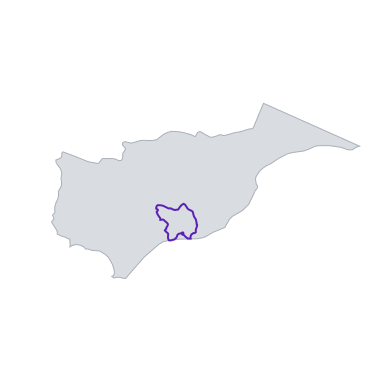 Chaouia - Ouardigha highlighted on a map of Morocco, rotated 202°
{"feature_id": "MAR-1449", "entity_name": "Chaouia - Ouardigha", "entity_type": "Region", "adm_level": 1, "iso_a3": "MAR", "parent_name": "Morocco", "parent_adm1": "", "projection": "albers", "projection_center": [-7.234, 33.091], "detail": "fine", "context": "in_parent", "style": "outline", "palette": "violet", "viewbox_px": 384, "rotation_deg": 202, "n_neighbors": 0, "source": "natural_earth", "source_scale": "10m", "svg_char_len": 4111}
<svg xmlns="http://www.w3.org/2000/svg" viewBox="0 0 384 384"><g transform="rotate(202 192 192)"><path d="M56.8,294.7L59.2,291.1L62.9,289.6L70.5,289.2L81.9,286.5L92.3,282.2L95.2,280.5L98.4,276.8L103.6,272.0L113.3,266.4L117.7,263.3L124.6,255.2L129.1,248.4L132.9,244.1L135.5,240.2L137.3,236.3L138.4,229.9L137.8,227.4L135.2,223.2L133.4,222.1L132.9,220.1L134.0,216.7L134.1,210.9L134.9,201.5L138.1,194.0L145.6,184.3L147.1,180.3L148.0,173.8L148.2,171.5L157.4,162.5L162.8,155.5L164.7,153.8L169.4,150.7L185.7,143.7L194.9,138.7L200.2,135.1L203.4,130.7L212.0,113.7L220.3,89.7L221.0,87.0L224.8,86.1L227.4,85.8L229.6,84.8L232.2,83.0L234.8,83.7L233.5,84.9L233.6,87.9L235.5,91.3L238.7,95.1L244.6,99.9L249.1,101.7L255.6,102.7L263.0,100.4L267.2,100.2L269.2,99.2L271.5,100.5L275.7,100.8L279.8,99.9L282.8,97.7L284.6,95.3L285.0,96.4L285.1,97.7L285.8,98.4L287.1,101.4L287.8,102.5L290.1,102.2L292.2,102.7L296.8,102.2L301.2,102.5L301.9,104.5L303.3,106.0L308.0,109.3L310.8,111.4L311.0,112.1L310.2,114.0L309.9,115.2L310.7,116.5L312.4,118.0L312.6,118.8L312.2,119.7L311.4,121.5L313.6,126.4L314.1,131.3L313.8,134.8L314.0,136.8L314.3,138.5L316.1,142.4L315.4,149.0L316.7,152.5L318.5,155.3L319.7,160.4L321.2,162.8L323.5,164.8L324.8,165.5L327.3,167.1L329.1,168.5L330.2,170.7L328.1,172.6L326.5,174.3L326.1,176.1L327.1,178.9L327.2,180.4L326.1,180.9L321.6,181.0L318.0,181.1L314.0,181.2L308.3,181.2L304.7,181.2L299.8,181.2L298.2,181.4L293.8,182.4L290.6,183.0L290.1,183.2L289.2,184.0L288.6,186.1L288.1,188.4L287.5,189.5L278.1,193.3L274.4,193.9L272.3,193.6L270.8,194.0L269.5,194.7L269.1,195.9L269.0,197.3L269.4,198.7L270.3,200.6L270.6,202.6L270.0,204.0L269.9,205.4L269.7,207.0L270.2,207.8L271.2,207.9L272.1,208.5L273.4,209.1L274.5,210.3L274.6,212.0L273.7,213.0L272.9,213.6L269.3,214.1L266.5,214.6L262.9,217.4L259.0,220.5L254.4,222.5L252.3,223.1L248.8,224.6L244.5,227.0L242.4,230.7L239.8,235.0L237.3,237.8L233.8,240.6L230.5,241.7L226.4,243.0L221.1,244.1L217.4,244.4L216.3,244.7L213.0,244.8L211.4,244.6L210.2,244.5L209.7,244.8L209.6,245.4L209.5,247.0L209.3,248.7L208.3,250.2L207.5,250.9L206.7,251.1L203.9,250.7L201.6,250.3L196.1,249.7L195.0,249.8L194.6,250.0L192.9,251.0L190.2,253.1L188.4,254.9L187.1,255.8L183.9,256.2L182.5,256.9L176.5,261.5L175.2,262.6L169.0,266.5L167.3,267.9L165.9,269.2L162.2,272.1L159.8,273.3L159.4,274.1L159.2,275.9L159.2,279.9L159.1,283.7L159.1,289.3L159.0,294.8L158.9,301.0L53.8,297.3L56.8,294.7Z" fill="#d9dde1" stroke="#a8b0b8" stroke-width="1"/><path d="M190.6,141.4L192.2,140.3L193.0,139.5L193.8,139.1L194.7,138.7L195.5,138.6L196.4,139.6L196.8,140.0L197.2,140.8L197.6,141.8L197.8,142.7L198.5,144.4L199.2,144.8L201.3,145.5L201.8,145.8L202.7,146.1L202.8,146.5L202.6,147.1L202.3,147.6L202.1,148.3L202.4,149.0L202.4,149.5L202.3,149.8L202.0,151.9L202.3,153.2L203.0,153.7L204.0,154.2L206.6,155.0L207.9,155.6L209.0,155.4L210.9,154.3L211.3,155.4L212.2,156.2L213.0,156.6L215.7,158.5L217.3,160.2L217.1,161.0L216.9,161.5L216.8,162.5L217.2,162.9L218.3,162.9L219.0,163.2L219.4,164.3L219.3,164.9L219.4,166.0L218.9,166.8L218.3,167.2L215.5,168.1L213.8,168.4L207.5,168.0L206.8,168.4L206.1,168.6L205.6,168.9L205.2,168.8L204.7,168.8L204.2,168.7L202.8,168.7L201.7,168.9L201.3,168.8L199.3,170.0L198.6,170.2L198.2,170.9L197.6,173.8L196.6,176.3L195.3,177.9L193.8,177.7L191.4,176.1L190.7,175.6L189.8,174.9L188.2,174.5L185.3,174.4L184.7,174.2L184.3,174.1L183.7,173.7L181.4,170.5L179.7,169.0L178.7,168.5L177.9,167.6L176.6,165.8L176.1,165.0L175.9,164.1L175.6,163.9L175.2,163.8L174.9,163.3L174.7,162.9L174.7,162.3L174.5,161.7L174.5,160.7L174.3,158.4L173.4,156.1L173.7,155.5L174.0,155.0L174.6,154.7L175.2,154.5L175.6,154.1L175.7,153.7L175.9,153.3L176.4,152.9L176.7,151.8L176.7,150.5L176.5,149.6L175.8,148.3L176.9,147.8L177.9,147.6L178.4,147.3L178.6,147.2L179.1,147.5L180.2,147.7L180.8,148.0L181.6,148.2L183.1,149.0L183.7,148.9L185.1,148.9L185.4,149.2L184.6,150.0L184.5,150.5L184.8,150.9L185.3,151.1L185.6,150.9L185.9,150.7L186.7,149.6L188.7,148.2L189.4,146.8L189.4,146.1L189.3,145.6L189.3,145.1L189.3,144.7L189.4,143.9L189.5,143.4L190.0,142.8L190.1,142.3L190.4,141.9L190.6,141.4L190.6,141.4Z" fill="none" stroke="#5b21b6" stroke-width="2"/></g></svg>